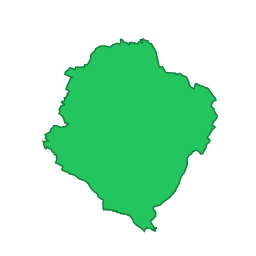 outline of Ilieni, Covasna, Romania, rotated 204°
{"feature_id": "2599482B87460313327434", "entity_name": "Ilieni", "entity_type": "district", "adm_level": 2, "iso_a3": "ROU", "parent_name": "Romania", "parent_adm1": "Covasna", "projection": "robinson", "projection_center": [25.742, 45.805], "detail": "fine", "context": "isolated", "style": "filled", "palette": "green", "viewbox_px": 256, "rotation_deg": 204, "n_neighbors": 0, "source": "geoboundaries", "source_scale": "gbopen_adm2", "svg_char_len": 5635}
<svg xmlns="http://www.w3.org/2000/svg" viewBox="0 0 256 256"><g transform="rotate(204 128 128)"><path d="M145.1,215.7L145.5,215.7L146.1,215.3L146.5,215.2L147.8,215.3L148.4,214.9L148.8,214.8L149.8,215.4L150.2,215.6L150.7,215.3L151.1,214.5L151.4,214.2L152.4,213.8L152.5,213.5L152.2,213.2L151.2,213.5L150.2,213.0L149.9,212.6L149.7,212.2L149.8,211.7L150.3,211.4L151.2,211.4L152.0,211.7L152.9,211.5L153.1,211.2L153.0,210.1L153.2,209.6L153.8,208.9L154.6,208.5L155.1,207.8L155.5,207.9L156.1,208.5L156.6,208.7L157.3,207.8L157.7,207.6L158.6,207.8L159.4,207.8L160.1,207.2L161.2,206.7L161.3,206.3L161.1,205.8L161.0,205.5L160.3,204.9L160.2,204.8L160.6,204.5L161.4,204.4L162.1,204.5L162.6,205.1L163.2,205.2L166.8,204.9L167.3,205.1L168.4,206.0L168.9,206.2L170.7,206.1L170.8,205.7L170.7,205.1L169.7,204.4L169.5,204.1L169.4,202.7L169.6,201.6L170.0,201.3L172.1,201.1L172.8,200.6L173.4,199.8L175.5,198.1L177.5,194.1L181.8,193.8L186.4,191.8L186.7,191.5L189.6,187.5L189.5,186.9L189.6,186.4L189.5,185.5L191.2,181.4L191.5,179.3L191.6,179.1L191.6,178.7L190.5,177.3L190.2,175.5L190.8,169.5L193.2,168.1L193.1,165.8L197.2,163.7L200.4,162.3L200.2,159.8L205.6,159.6L205.8,159.0L205.7,157.8L207.9,154.1L207.6,151.4L199.7,151.6L199.7,151.4L200.9,151.3L200.6,148.4L200.7,145.4L200.7,142.2L200.5,138.2L196.7,138.1L196.5,136.0L197.4,135.0L196.3,134.0L197.3,133.0L196.7,130.5L198.4,129.8L197.3,127.9L197.2,126.9L197.7,125.8L198.7,125.6L199.1,125.3L199.1,124.5L198.7,124.2L195.6,123.7L195.3,123.1L195.4,122.8L196.2,122.3L196.6,122.3L197.3,121.8L197.4,121.5L198.5,120.6L198.1,118.7L198.5,116.8L197.3,116.3L196.9,115.0L196.7,113.4L196.8,113.2L195.4,112.8L193.7,112.6L191.9,111.4L189.3,109.0L188.7,108.1L188.3,107.8L187.8,107.0L187.1,107.3L185.7,107.4L184.6,107.9L184.2,107.8L184.1,107.3L184.2,106.9L184.8,106.5L184.8,105.8L185.3,105.5L185.5,104.0L185.8,103.6L187.4,102.8L189.6,101.3L191.5,101.1L192.7,101.2L194.5,101.0L196.7,100.0L197.1,97.6L197.9,95.4L197.9,94.9L197.6,93.3L197.7,92.6L198.1,91.9L198.9,91.0L201.0,88.2L200.5,88.0L199.6,87.1L199.2,86.3L199.2,86.1L199.6,85.2L195.9,83.7L197.4,82.7L198.2,81.9L200.2,81.3L198.8,79.9L196.5,76.6L194.9,75.6L194.5,75.6L194.2,76.2L194.5,77.4L194.4,77.8L193.6,77.9L192.1,77.0L191.7,77.0L189.9,77.7L189.2,77.4L188.8,76.4L187.2,75.3L185.6,75.7L184.8,74.6L184.6,73.7L182.9,74.4L181.0,71.6L180.4,71.6L179.9,66.7L175.4,66.8L175.4,66.6L171.9,66.4L171.5,62.9L169.1,62.7L164.0,63.1L163.8,62.9L163.7,62.6L163.5,62.4L162.0,62.3L160.4,62.9L157.4,63.1L155.7,62.9L154.1,62.5L153.2,62.0L152.6,61.8L152.0,61.9L150.7,61.7L148.5,62.1L144.4,62.0L141.4,60.8L140.1,59.8L138.2,58.4L135.9,57.1L132.2,55.8L130.4,55.7L129.3,55.3L128.4,54.5L128.1,53.9L127.0,52.9L123.5,52.3L122.3,52.5L121.5,52.4L121.4,52.1L121.0,51.8L120.8,51.4L120.4,49.7L120.6,49.0L119.7,48.0L119.3,47.7L119.0,46.4L118.5,45.7L118.4,44.9L116.9,43.3L115.7,44.1L115.9,44.5L115.5,44.7L115.0,44.4L114.5,44.6L114.5,44.9L114.0,44.8L114.1,45.1L113.8,45.2L113.7,45.4L112.5,45.1L112.4,45.2L112.5,45.3L111.9,45.7L111.7,45.4L111.3,45.6L110.9,46.4L110.2,46.6L109.7,46.3L109.4,46.6L109.1,46.4L108.4,46.3L108.0,46.0L107.8,46.0L107.7,46.5L105.9,46.5L105.6,46.7L105.0,47.7L104.6,47.7L104.0,47.5L104.0,47.3L104.4,46.9L103.4,46.4L102.8,47.0L102.1,46.9L100.8,47.2L100.3,47.1L99.9,46.7L99.6,46.7L99.3,46.9L99.2,47.3L97.4,47.7L97.2,47.7L96.9,47.5L96.6,48.0L94.9,48.5L93.7,48.2L93.2,48.3L93.0,48.9L92.7,49.2L92.4,49.2L91.8,48.7L91.5,48.8L91.6,49.0L91.3,49.0L91.2,48.5L90.9,48.4L90.1,48.4L89.1,47.9L88.9,47.6L87.7,47.2L87.2,46.9L85.9,45.8L84.3,43.9L82.8,43.7L82.4,43.3L81.3,43.0L80.7,42.7L77.3,42.2L74.9,41.7L71.4,40.5L71.1,40.3L71.0,43.2L70.5,43.8L67.7,45.6L65.3,45.2L65.2,44.9L61.6,44.7L61.2,45.0L61.2,45.4L61.7,45.7L62.1,45.7L62.6,45.3L62.8,45.4L62.6,45.7L62.6,46.2L61.4,47.6L61.3,48.3L61.8,48.4L63.5,47.3L69.6,52.0L68.9,53.9L67.9,55.1L67.6,57.5L67.3,58.0L66.7,58.6L67.3,59.2L68.2,61.9L68.6,62.3L68.8,62.4L69.6,63.0L71.6,64.2L72.4,65.0L72.4,65.5L72.7,66.1L72.1,66.9L71.5,67.1L71.5,67.4L71.3,67.6L70.5,68.0L69.9,68.5L69.2,69.4L68.7,69.6L67.1,71.1L67.0,71.5L66.5,72.1L66.4,72.8L66.5,73.1L65.9,74.2L65.9,74.7L64.7,76.1L64.7,76.6L63.8,77.6L63.6,78.3L63.1,78.9L62.6,79.7L62.4,80.6L61.3,81.8L61.5,82.7L61.4,83.1L60.9,84.5L60.1,85.9L59.6,88.7L59.1,89.2L59.1,90.0L59.5,92.8L59.5,93.2L58.9,94.2L59.0,95.7L58.7,97.7L59.1,99.6L59.2,101.2L59.5,102.2L59.5,104.8L59.1,108.0L58.5,109.6L58.5,113.2L58.8,115.4L58.6,116.5L59.1,117.1L59.2,119.3L60.4,121.8L61.7,124.2L61.8,124.6L61.4,125.9L61.3,127.9L59.4,130.0L59.3,131.4L59.5,131.9L59.1,133.0L58.2,133.7L57.9,134.2L57.3,135.0L56.8,135.1L55.8,135.6L55.2,135.7L53.8,135.1L52.6,134.8L51.3,133.9L49.7,134.3L49.4,134.8L48.8,142.3L49.5,144.6L49.3,145.6L49.0,146.5L48.2,147.5L48.1,148.1L48.2,150.4L50.6,151.1L51.0,151.0L51.7,151.6L51.1,154.1L50.9,156.1L50.6,157.0L50.4,158.9L50.4,160.4L50.3,161.2L49.6,162.0L49.2,163.4L48.8,164.3L50.0,164.7L51.2,164.5L52.2,164.9L52.5,169.0L52.0,169.5L51.6,170.0L51.5,171.1L51.0,173.6L51.0,174.5L51.4,175.2L51.8,175.8L53.8,176.7L54.2,177.3L56.6,179.1L56.9,179.8L57.5,180.7L58.9,180.7L60.3,181.6L60.9,181.7L61.0,182.1L61.2,184.0L60.9,185.7L61.4,186.4L60.7,187.8L59.0,188.9L59.6,190.3L64.5,192.8L67.5,194.8L67.7,194.6L70.2,196.5L71.0,196.7L72.1,196.8L73.5,196.3L74.6,196.2L76.5,196.6L78.0,196.1L79.2,196.1L80.7,196.3L83.8,196.4L84.3,194.6L83.5,190.6L87.6,190.9L88.4,192.0L89.4,192.3L91.0,193.9L91.2,194.4L91.2,194.8L92.7,196.2L92.9,196.1L94.8,197.8L95.4,198.2L96.6,198.3L100.5,198.0L100.7,198.7L102.1,198.9L103.0,198.8L105.8,196.4L106.8,197.4L113.6,194.9L116.4,194.1L118.1,195.6L121.4,198.0L124.1,196.3L134.0,209.6L141.0,214.5L142.3,214.0L143.1,214.0L143.8,214.3L144.4,214.7L145.1,215.7Z" fill="#22c55e" stroke="#15803d" stroke-width="1.5"/></g></svg>